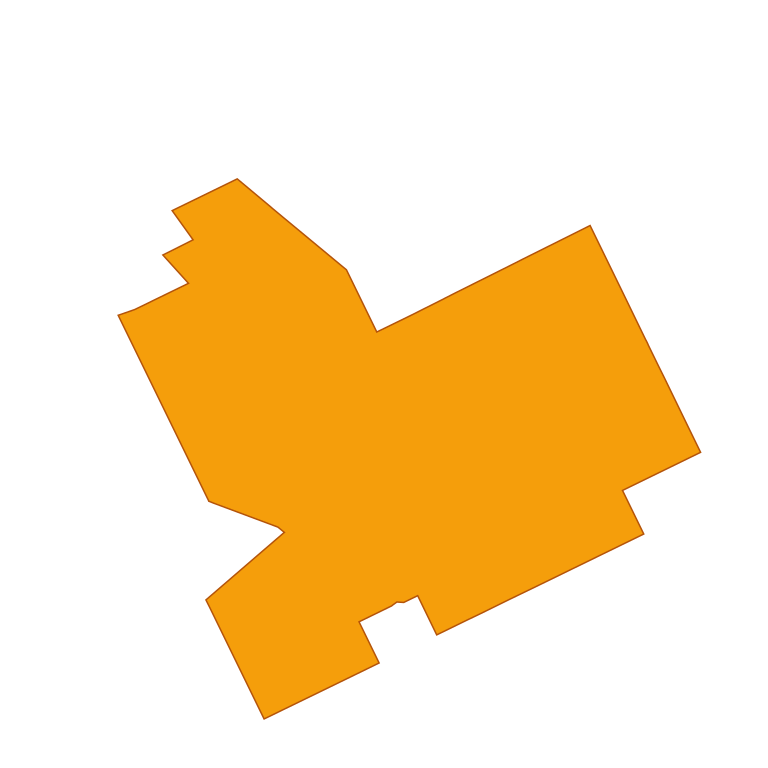 the district of Alice Springs, Northern Territory, Australia, rotated 64°
{"feature_id": "25037944B49978280072491", "entity_name": "Alice Springs", "entity_type": "district", "adm_level": 2, "iso_a3": "AUS", "parent_name": "Australia", "parent_adm1": "Northern Territory", "projection": "albers", "projection_center": [133.854, -23.731], "detail": "fine", "context": "isolated", "style": "filled", "palette": "amber", "viewbox_px": 768, "rotation_deg": 64, "n_neighbors": 0, "source": "geoboundaries", "source_scale": "gbopen_adm2", "svg_char_len": 1154}
<svg xmlns="http://www.w3.org/2000/svg" viewBox="0 0 768 768"><g transform="rotate(64 384 384)"><path d="M333.7,294.4L333.7,295.4L334.1,329.2L334.1,367.7L277.4,367.7L264.9,367.7L196.6,398.6L189.1,402.0L183.5,404.5L177.3,407.3L175.8,407.9L135.3,426.0L135.3,498.4L170.7,492.4L170.9,505.8L171.1,526.2L207.8,515.6L207.8,540.4L207.8,571.2L207.8,575.4L205.7,592.8L277.0,592.8L314.3,592.8L364.5,592.8L411.8,592.8L412.5,592.9L416.6,589.2L466.1,542.1L471.3,539.7L473.7,538.6L473.8,539.2L482.6,572.7L487.9,592.8L500.0,638.7L508.3,638.6L509.3,638.6L537.8,638.6L576.7,638.6L632.5,638.6L632.5,617.6L632.6,537.9L632.6,510.7L624.3,510.7L621.8,510.7L586.8,510.7L586.8,496.1L586.8,474.4L586.4,472.7L586.1,470.8L585.6,468.0L589.0,462.0L589.0,446.5L632.6,446.6L632.6,423.1L632.6,412.3L632.7,401.4L632.7,392.0L632.6,366.0L632.7,332.6L632.7,267.6L632.7,216.3L584.2,216.3L584.2,129.4L555.0,129.4L500.8,129.3L487.3,129.4L480.7,129.4L466.1,129.4L464.9,129.4L463.3,129.3L463.1,129.3L460.2,129.3L458.8,129.4L406.2,129.3L331.9,129.3L332.2,160.0L332.6,204.1L332.8,216.3L333.4,278.9L333.6,291.6L333.7,293.5L333.7,294.4Z" fill="#f59e0b" stroke="#b45309" stroke-width="1.5"/></g></svg>